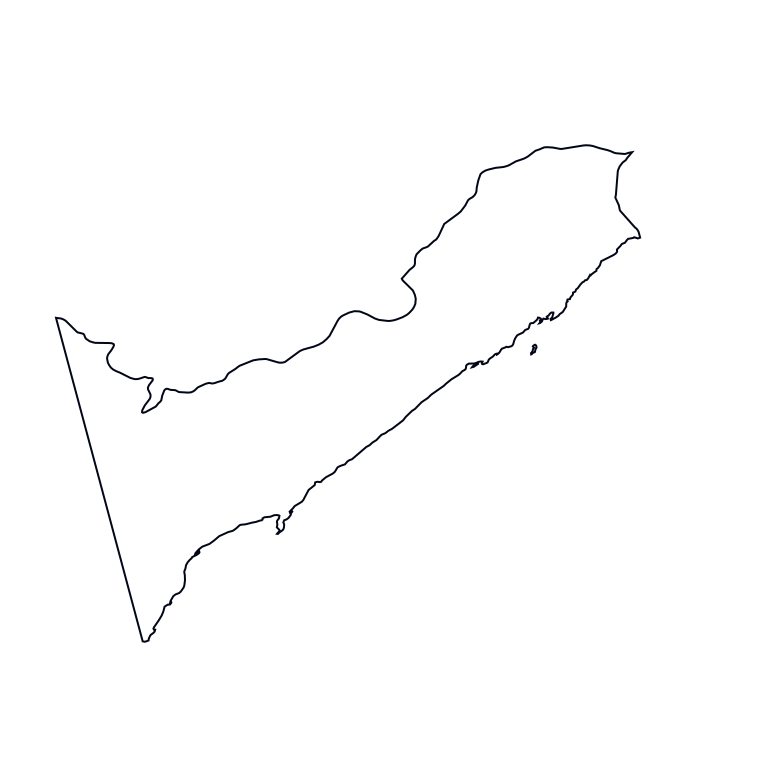 the border of Al Bahr al Ahmar, rotated 75°
{"feature_id": "EGY-1556", "entity_name": "Al Bahr al Ahmar", "entity_type": "Governorate", "adm_level": 1, "iso_a3": "EGY", "parent_name": "Egypt", "parent_adm1": "", "projection": "equal_earth", "projection_center": [33.554, 25.647], "detail": "fine", "context": "isolated", "style": "outline", "palette": "ink", "viewbox_px": 768, "rotation_deg": 75, "n_neighbors": 0, "source": "natural_earth", "source_scale": "10m", "svg_char_len": 6155}
<svg xmlns="http://www.w3.org/2000/svg" viewBox="0 0 768 768"><g transform="rotate(75 384 384)"><path d="M570.1,683.7L235.2,683.7L237.1,679.1L238.5,677.1L239.9,675.7L241.2,674.7L254.1,667.2L254.9,666.5L257.3,662.1L258.0,661.3L258.8,660.9L261.7,660.6L263.2,660.1L266.5,657.3L268.4,654.4L269.5,652.3L273.5,638.2L274.2,636.4L275.3,635.0L275.9,634.7L276.6,634.8L278.0,635.7L280.8,638.6L284.0,642.8L286.2,644.3L287.7,644.9L292.0,645.2L295.0,644.5L297.8,643.4L300.1,641.7L302.4,639.2L304.4,636.5L312.4,627.5L314.0,624.9L314.9,623.1L315.5,620.5L315.5,618.1L315.2,613.4L315.7,612.3L317.3,610.0L318.0,607.5L318.8,606.1L320.1,606.2L320.8,606.8L324.2,611.2L326.4,613.0L328.3,613.3L333.4,612.3L334.9,612.5L336.4,613.1L337.8,614.2L342.8,620.6L346.8,624.3L348.7,625.0L349.3,624.5L349.5,623.6L349.4,621.5L346.8,610.6L346.4,609.8L344.1,606.7L343.3,604.9L342.2,603.4L337.8,601.2L333.5,598.0L332.9,597.3L332.5,596.4L332.3,595.4L332.7,594.2L334.4,591.7L336.0,587.1L338.5,584.4L338.9,583.6L341.5,575.8L342.1,572.8L341.8,570.3L341.1,568.4L339.3,565.1L338.9,563.8L337.6,556.0L337.7,552.6L339.0,550.0L339.3,547.8L339.0,543.4L339.0,539.5L338.7,538.3L338.0,536.5L337.3,535.5L334.2,532.4L333.2,530.8L331.0,523.7L329.6,520.4L329.0,518.5L327.3,504.4L327.8,498.7L329.1,492.2L329.7,490.7L335.7,480.8L336.5,479.0L337.1,476.2L337.1,474.0L330.5,457.0L330.2,455.8L329.8,452.9L329.7,441.8L329.1,436.9L327.9,432.2L325.7,427.7L323.4,424.1L311.0,412.5L309.1,410.3L307.7,407.7L307.1,405.4L306.0,399.2L306.0,393.7L307.4,389.3L308.3,387.7L312.4,382.2L318.4,375.8L319.7,373.9L320.9,372.0L324.0,364.2L324.6,362.0L325.0,357.8L324.9,354.9L324.3,348.9L323.4,345.1L322.8,343.2L321.9,341.3L319.5,337.4L317.4,335.1L314.7,333.0L310.0,331.3L306.1,331.1L301.1,331.9L288.8,339.1L286.9,339.6L280.4,329.8L278.8,326.1L277.6,324.1L275.9,323.0L271.9,321.9L270.1,321.1L267.4,319.2L266.6,318.1L264.2,313.9L263.2,311.7L262.8,307.1L262.5,305.8L258.8,298.8L257.9,296.1L255.2,292.9L245.0,284.4L238.6,268.1L237.2,265.2L232.6,259.3L228.2,255.2L227.3,253.3L226.4,250.0L225.1,247.7L223.7,246.2L221.9,244.9L218.1,243.5L211.9,240.3L206.6,236.7L206.0,236.0L205.1,234.3L204.1,230.9L203.9,227.4L204.1,220.2L205.3,212.5L205.3,209.3L205.1,206.8L203.1,199.0L202.6,191.4L202.3,189.2L201.4,185.9L197.9,177.4L197.6,172.9L196.9,168.4L197.1,166.9L197.5,165.1L199.3,159.7L202.6,152.8L203.0,151.1L205.2,129.7L205.6,127.4L206.8,123.6L208.1,120.8L212.2,114.4L215.8,107.8L217.5,105.2L220.2,101.8L221.1,100.3L224.1,92.0L224.2,90.9L224.0,87.7L224.3,84.3L228.6,90.6L230.3,92.5L231.8,96.1L232.5,97.1L234.9,100.1L237.8,102.4L239.0,103.1L261.2,111.0L263.8,112.3L272.1,110.9L277.0,111.2L277.9,111.0L297.7,101.1L299.4,99.8L301.9,98.9L303.1,98.7L308.9,98.7L309.1,101.2L308.1,102.5L307.8,103.4L307.2,103.8L307.0,104.5L307.4,105.4L307.0,110.6L307.4,111.5L309.9,114.7L310.3,118.0L311.9,120.0L314.4,124.2L316.6,124.6L317.9,126.3L318.8,128.8L321.6,142.4L325.2,144.7L327.4,147.4L327.9,148.8L329.8,149.7L330.4,151.8L332.1,155.8L332.7,156.4L332.6,156.8L332.2,156.9L334.9,159.5L336.0,161.2L335.9,163.0L336.8,164.3L337.2,166.1L338.8,168.6L341.7,172.2L342.4,174.0L344.2,175.2L344.7,177.8L345.7,178.0L346.7,178.6L348.7,181.6L350.1,182.4L349.9,184.8L350.4,185.3L351.1,185.5L351.8,185.3L352.3,186.5L353.6,187.2L356.4,188.0L360.7,192.7L362.0,196.2L363.2,197.8L364.5,201.5L364.7,203.0L365.0,203.6L365.5,206.3L364.2,206.3L363.5,204.5L359.2,201.9L358.8,201.9L358.3,203.7L358.8,205.2L360.6,207.6L360.9,208.9L361.3,209.5L363.0,208.7L363.4,208.9L363.1,211.2L362.1,213.1L363.0,214.2L364.5,215.3L365.5,217.5L365.5,218.1L363.4,215.3L363.0,215.3L363.0,215.9L363.4,217.0L363.0,217.0L362.6,215.4L361.5,215.6L360.3,216.7L359.7,218.1L361.1,219.0L362.1,220.6L363.8,224.2L363.4,225.4L363.4,227.0L364.4,227.9L367.1,229.4L368.0,230.4L368.4,233.7L370.3,236.5L371.2,241.8L371.6,242.9L373.6,245.2L375.9,247.1L378.5,248.6L379.7,249.6L380.5,251.0L380.5,254.9L379.7,256.1L380.1,257.7L380.4,260.9L381.1,262.0L383.3,264.2L384.4,266.0L384.8,267.3L383.9,267.2L383.9,268.5L384.3,269.6L385.6,271.6L386.9,275.3L387.5,276.4L389.9,278.3L390.2,279.2L390.6,283.1L390.2,284.0L389.2,284.1L387.9,283.0L387.3,284.6L387.1,287.1L387.5,289.6L387.5,291.7L386.3,296.7L386.9,299.1L387.7,299.9L389.7,300.7L390.7,301.3L391.3,302.5L391.9,305.0L393.9,308.2L394.8,310.4L396.9,317.6L399.8,324.1L401.3,326.8L406.5,341.1L408.9,345.4L411.3,352.4L416.1,360.5L417.2,363.9L421.3,371.3L424.1,375.1L429.4,387.9L430.3,391.8L431.8,395.3L432.4,399.5L433.6,401.7L436.2,405.8L437.6,410.4L439.4,413.8L440.2,417.3L448.4,434.4L448.6,437.1L449.3,439.3L451.5,442.5L451.8,447.1L452.3,449.9L452.8,450.8L456.1,454.2L457.2,456.5L459.0,464.1L461.2,468.9L462.1,469.8L462.2,471.1L461.2,473.7L461.2,475.9L463.7,477.1L466.8,484.2L475.2,492.0L476.5,493.9L478.8,501.9L480.5,504.1L482.9,508.2L483.9,508.1L482.9,505.8L483.5,505.6L484.7,507.2L486.5,508.1L488.7,511.0L489.6,513.3L489.8,515.7L491.7,517.1L493.6,516.7L496.7,517.8L498.0,518.6L499.0,519.8L500.3,523.5L501.4,525.3L501.0,526.1L498.8,522.8L497.9,522.8L494.7,524.6L492.3,523.4L489.4,523.1L488.3,522.5L487.1,520.8L486.5,520.5L486.4,520.1L484.2,519.1L483.6,519.7L482.8,521.6L482.3,524.1L482.8,528.0L481.8,534.0L482.4,536.1L483.5,536.4L484.0,537.4L483.8,539.2L484.1,543.4L483.8,546.8L483.7,554.0L482.9,558.9L483.1,560.1L485.0,563.7L486.5,567.4L486.7,568.8L486.7,572.7L488.3,582.5L491.2,588.6L493.3,594.0L494.1,601.6L495.9,605.8L498.5,609.8L500.1,610.9L497.6,605.8L498.8,605.8L499.6,606.6L500.6,609.2L501.5,614.0L502.5,614.9L503.4,616.8L505.4,619.8L507.8,622.1L511.1,623.7L513.0,625.2L513.9,625.6L517.3,625.9L522.3,627.1L527.1,629.1L528.9,630.4L531.9,634.0L532.9,636.0L533.3,639.9L534.4,642.4L538.2,646.2L540.1,647.3L539.9,646.0L540.2,646.0L541.6,647.8L541.2,650.2L542.3,653.6L546.6,656.0L550.0,658.6L553.8,662.5L559.5,669.2L560.6,670.0L561.6,669.9L562.1,668.6L563.7,669.6L564.6,670.8L566.0,674.3L566.9,675.3L569.3,677.2L570.8,677.8L571.1,680.8L571.0,681.9L570.1,683.7ZM390.0,228.9L392.1,229.9L392.7,232.7L393.5,233.7L393.5,234.2L392.2,234.0L390.8,232.0L388.9,231.1L387.7,229.7L386.3,230.5L385.7,229.9L385.1,228.1L385.4,227.6L386.3,227.1L388.2,227.2L390.0,228.9ZM387.7,287.9L388.9,287.9L390.6,292.7L390.6,294.6L389.8,293.6L387.7,287.9Z" fill="none" stroke="#020617" stroke-width="2"/></g></svg>